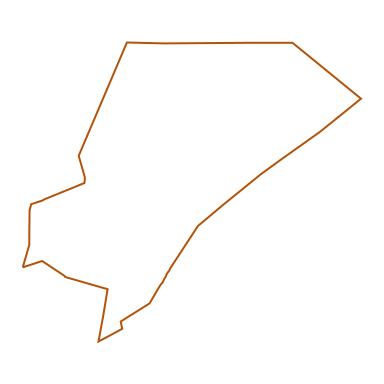 the district of Boutilimitt, Trarza, Mauritania
{"feature_id": "47542326B79459539986617", "entity_name": "Boutilimitt", "entity_type": "district", "adm_level": 2, "iso_a3": "MRT", "parent_name": "Mauritania", "parent_adm1": "Trarza", "projection": "orthographic", "projection_center": [-14.406, 17.884], "detail": "fine", "context": "isolated", "style": "outline", "palette": "amber", "viewbox_px": 384, "rotation_deg": 0, "n_neighbors": 0, "source": "geoboundaries", "source_scale": "gbopen_adm2", "svg_char_len": 644}
<svg xmlns="http://www.w3.org/2000/svg" viewBox="0 0 384 384"><path d="M126.9,42.5L78.7,155.8L84.6,176.5L84.9,178.7L84.4,183.0L44.9,199.1L42.4,200.5L31.2,204.2L29.6,210.2L29.3,231.8L29.3,244.9L23.0,266.5L23.5,267.1L42.1,261.0L64.4,275.8L65.2,277.0L107.6,289.2L103.2,316.0L98.5,341.5L107.8,336.6L122.2,328.8L120.7,321.5L149.6,303.4L157.5,289.8L159.7,286.2L160.6,284.7L162.6,282.4L164.0,279.5L165.3,277.4L166.0,276.1L166.8,273.8L169.3,270.5L170.2,268.4L198.0,225.9L205.9,219.3L222.9,205.0L261.0,174.1L281.5,159.2L320.0,131.8L361.0,98.7L292.5,42.8L276.4,42.8L248.2,42.8L164.1,43.4L126.9,42.5Z" fill="none" stroke="#b45309" stroke-width="2"/></svg>